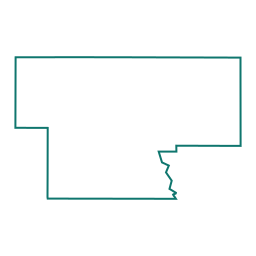 outline of Garvin, Oklahoma, United States of America
{"feature_id": "52423323B22707808091897", "entity_name": "Garvin", "entity_type": "district", "adm_level": 2, "iso_a3": "USA", "parent_name": "United States of America", "parent_adm1": "Oklahoma", "projection": "equal_earth", "projection_center": [-97.251, 34.681], "detail": "fine", "context": "isolated", "style": "outline", "palette": "teal", "viewbox_px": 256, "rotation_deg": 0, "n_neighbors": 0, "source": "geoboundaries", "source_scale": "gbopen_adm2", "svg_char_len": 473}
<svg xmlns="http://www.w3.org/2000/svg" viewBox="0 0 256 256"><path d="M240.5,57.6L132.3,57.3L74.9,57.2L15.6,57.3L15.4,127.8L47.7,127.9L47.7,129.3L47.6,174.9L47.5,197.1L47.7,198.6L112.1,198.7L175.9,198.8L174.4,196.5L173.9,196.0L173.1,194.6L173.5,194.2L174.6,194.0L175.7,193.5L175.9,192.8L169.5,188.9L171.7,180.7L166.0,172.4L168.8,165.6L162.0,162.4L158.7,151.6L176.4,151.6L176.3,145.7L240.6,145.9L240.5,75.1L240.5,57.6Z" fill="none" stroke="#0f766e" stroke-width="2"/></svg>